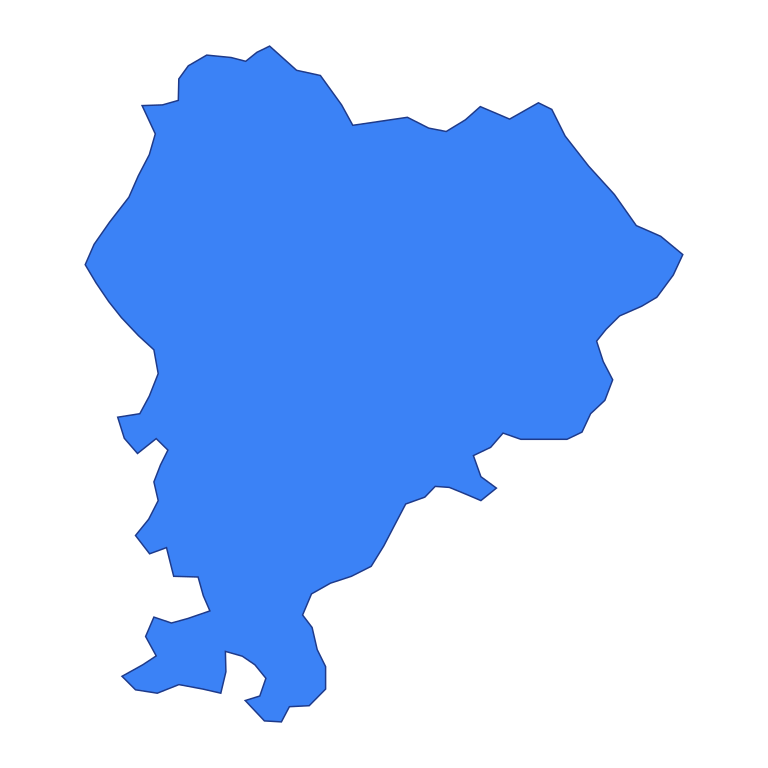 outline of Jupiá, Santa Catarina, Brazil
{"feature_id": "56859067B89347281349045", "entity_name": "Jupiá", "entity_type": "district", "adm_level": 2, "iso_a3": "BRA", "parent_name": "Brazil", "parent_adm1": "Santa Catarina", "projection": "natural_earth1", "projection_center": [-52.726, -26.402], "detail": "fine", "context": "isolated", "style": "filled", "palette": "blue", "viewbox_px": 768, "rotation_deg": 0, "n_neighbors": 0, "source": "geoboundaries", "source_scale": "gbopen_adm2", "svg_char_len": 1548}
<svg xmlns="http://www.w3.org/2000/svg" viewBox="0 0 768 768"><path d="M446.2,131.5L428.7,128.1L407.4,117.3L352.8,125.3L341.6,104.9L320.4,75.5L296.6,70.3L269.6,46.1L256.9,52.3L245.7,61.3L231.1,57.5L206.7,55.1L188.3,65.8L178.8,78.9L178.3,100.4L162.5,104.9L142.1,105.6L155.3,133.9L149.3,154.7L138.3,175.8L128.9,197.2L109.6,222.1L94.1,244.3L85.2,264.7L96.1,283.0L108.8,301.7L121.4,317.6L138.4,335.6L153.9,349.8L158.2,373.6L149.3,396.1L139.8,413.7L117.7,417.2L124.3,438.3L137.5,453.5L156.2,438.6L167.9,450.1L160.5,464.9L153.9,481.9L158.2,500.6L148.7,519.2L135.5,535.5L149.6,553.8L166.5,547.6L173.7,576.3L198.1,577.0L203.3,595.7L209.9,610.9L187.8,618.5L171.4,623.0L153.9,617.1L145.6,636.5L156.2,655.9L142.7,664.8L122.0,676.3L135.5,689.8L157.3,693.2L178.9,684.6L203.0,689.1L220.8,693.2L225.9,671.8L225.4,651.4L242.3,656.2L254.9,664.8L265.9,678.3L259.8,696.0L245.2,700.5L264.4,720.9L281.4,721.9L289.4,706.7L309.2,705.7L325.6,689.1L325.6,666.6L317.2,649.6L312.1,627.5L302.6,615.0L311.5,593.9L330.4,583.2L351.4,576.3L371.2,566.3L383.8,545.9L393.9,526.5L405.7,504.0L424.9,497.1L435.2,486.4L449.3,487.4L467.1,494.7L480.9,500.6L496.4,488.1L480.9,476.7L473.4,455.6L490.7,447.3L503.0,433.1L520.8,439.3L541.5,439.3L567.0,439.3L582.0,432.1L590.6,413.7L604.9,400.3L612.7,379.8L603.2,361.5L596.6,341.1L606.1,329.3L619.6,315.9L641.7,306.2L656.9,297.2L673.3,275.0L682.8,254.6L660.7,236.3L636.3,225.6L614.4,194.5L588.6,166.1L565.1,136.0L551.8,109.4L538.4,102.8L509.6,119.1L480.3,106.6L465.4,119.8L446.2,131.5Z" fill="#3b82f6" stroke="#1e3a8a" stroke-width="1.5"/></svg>